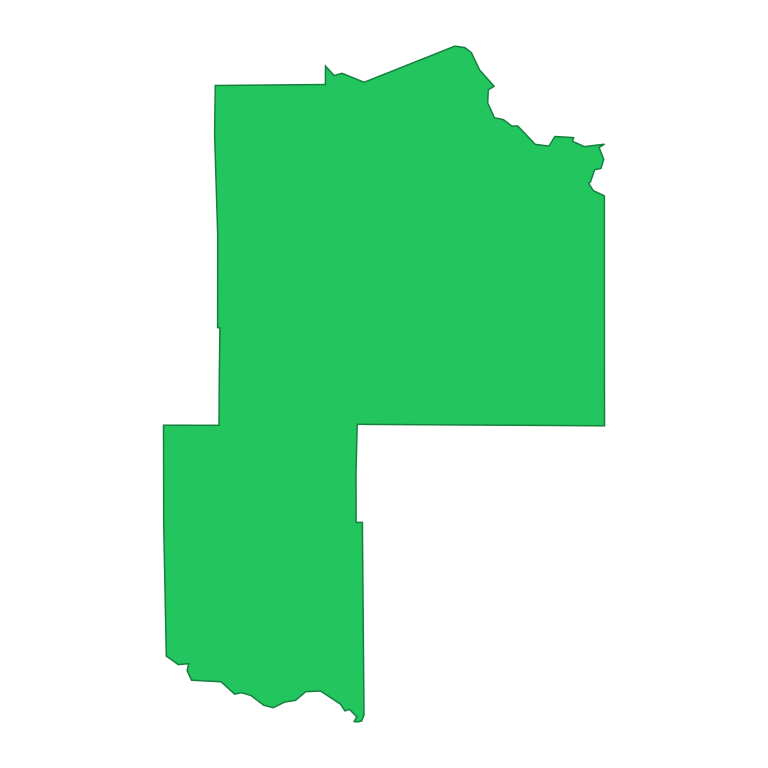 outline of Cass, Minnesota, United States of America
{"feature_id": "52423323B75286555107284", "entity_name": "Cass", "entity_type": "district", "adm_level": 2, "iso_a3": "USA", "parent_name": "United States of America", "parent_adm1": "Minnesota", "projection": "equal_earth", "projection_center": [-94.285, 46.879], "detail": "fine", "context": "isolated", "style": "filled", "palette": "green", "viewbox_px": 768, "rotation_deg": 0, "n_neighbors": 0, "source": "geoboundaries", "source_scale": "gbopen_adm2", "svg_char_len": 984}
<svg xmlns="http://www.w3.org/2000/svg" viewBox="0 0 768 768"><path d="M221.2,681.8L234.6,694.2L241.3,692.7L250.9,695.5L263.8,705.3L273.2,707.7L284.9,702.0L295.5,700.4L305.7,691.7L320.5,691.0L340.4,704.1L345.0,710.9L349.4,709.3L356.8,716.9L354.1,721.5L357.7,721.9L361.7,720.9L364.0,715.1L362.4,522.4L356.1,522.3L356.0,473.3L357.2,424.3L384.7,424.5L604.5,425.8L604.4,298.0L604.4,195.9L593.4,190.7L588.7,183.5L590.4,182.1L594.7,169.7L600.9,168.5L603.7,159.3L599.1,147.4L604.5,144.2L584.5,146.6L572.5,141.4L573.6,137.6L554.9,136.5L549.0,146.1L535.3,144.4L517.7,125.9L511.9,126.1L503.4,119.6L494.5,117.8L487.7,103.0L488.3,89.8L494.1,86.3L479.5,69.8L471.5,52.9L464.9,47.6L454.9,46.1L364.0,82.3L342.1,73.3L334.1,75.5L325.5,66.1L325.4,84.5L215.3,85.5L214.6,134.3L217.7,234.9L217.6,327.6L219.9,328.0L219.3,376.4L219.0,425.3L163.5,425.2L163.6,474.5L163.7,522.7L166.3,656.1L178.3,664.6L188.7,663.7L187.1,670.5L191.5,680.2L221.2,681.8Z" fill="#22c55e" stroke="#15803d" stroke-width="1.5"/></svg>